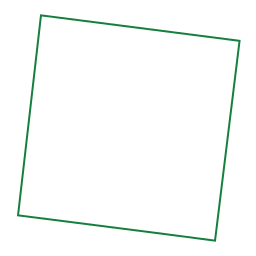 the district of Mecosta, Michigan, United States of America, rotated 187°
{"feature_id": "52423323B66393696597069", "entity_name": "Mecosta", "entity_type": "district", "adm_level": 2, "iso_a3": "USA", "parent_name": "United States of America", "parent_adm1": "Michigan", "projection": "mercator", "projection_center": [-85.305, 43.641], "detail": "fine", "context": "isolated", "style": "outline", "palette": "green", "viewbox_px": 256, "rotation_deg": 187, "n_neighbors": 0, "source": "geoboundaries", "source_scale": "gbopen_adm2", "svg_char_len": 231}
<svg xmlns="http://www.w3.org/2000/svg" viewBox="0 0 256 256"><g transform="rotate(187 128 128)"><path d="M226.5,27.9L77.9,27.2L27.9,26.8L27.9,228.1L228.1,229.2L226.5,27.9Z" fill="none" stroke="#15803d" stroke-width="2"/></g></svg>